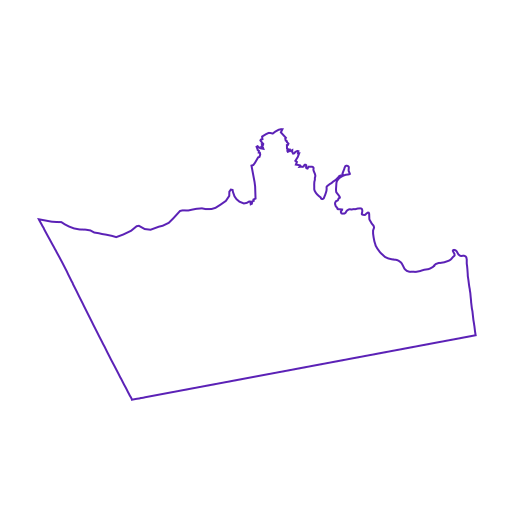 Kungrad, Karakalpakstan, Uzbekistan, rotated 259°
{"feature_id": "79887680B80838990154601", "entity_name": "Kungrad", "entity_type": "district", "adm_level": 2, "iso_a3": "UZB", "parent_name": "Uzbekistan", "parent_adm1": "Karakalpakstan", "projection": "natural_earth1", "projection_center": [57.833, 43.432], "detail": "fine", "context": "isolated", "style": "outline", "palette": "violet", "viewbox_px": 512, "rotation_deg": 259, "n_neighbors": 0, "source": "geoboundaries", "source_scale": "gbopen_adm2", "svg_char_len": 5639}
<svg xmlns="http://www.w3.org/2000/svg" viewBox="0 0 512 512"><g transform="rotate(259 256 256)"><path d="M372.1,284.8L369.4,284.6L369.3,282.9L368.5,282.4L366.1,283.6L364.7,284.5L363.9,284.2L364.3,283.1L362.9,283.2L362.5,282.4L361.3,283.5L359.8,283.7L360.8,281.2L361.8,279.8L363.5,278.5L363.1,277.4L361.0,277.8L359.7,277.9L358.8,278.9L357.0,278.4L356.7,279.5L354.8,279.5L352.6,278.3L352.4,276.9L347.6,272.7L345.8,270.7L345.6,268.8L328.9,268.7L324.4,268.4L312.5,266.5L311.9,264.3L310.6,264.3L310.3,262.8L308.1,261.9L307.8,260.7L310.5,260.8L310.8,259.7L309.9,257.1L309.9,254.1L312.5,250.1L315.5,247.7L318.6,246.3L323.2,245.6L325.3,245.6L326.0,244.0L324.2,242.1L320.1,241.2L315.8,236.9L313.1,230.8L311.0,225.4L310.6,221.3L311.7,215.4L313.1,212.0L313.7,206.4L313.7,202.1L313.6,198.2L314.8,192.6L314.7,190.0L308.6,181.8L305.2,176.7L303.5,170.2L303.3,166.2L301.9,157.5L303.7,151.9L308.0,146.8L308.0,144.5L304.6,138.2L302.4,129.7L301.2,122.4L303.3,118.3L305.6,112.8L306.9,109.2L308.4,105.9L309.9,101.7L312.7,98.3L314.4,93.7L315.7,87.9L317.8,82.6L320.6,78.1L323.6,74.3L326.4,71.4L327.5,66.4L328.7,61.9L333.5,49.8L332.7,50.0L327.5,51.7L326.4,52.0L324.0,52.9L322.9,53.1L320.6,53.8L315.5,55.4L311.5,56.7L306.7,58.2L306.4,58.3L303.1,59.4L301.0,60.0L299.7,60.5L297.9,61.0L292.0,62.9L290.3,63.4L287.1,64.4L279.2,66.7L277.2,67.3L273.9,68.1L268.9,69.5L266.3,70.2L264.6,70.8L263.2,71.0L257.3,72.7L255.2,73.3L253.3,73.8L250.3,74.6L242.6,76.8L239.9,77.5L234.2,79.1L222.1,82.5L219.8,83.1L212.5,85.2L210.4,85.8L207.5,86.6L200.7,88.6L199.1,89.0L195.7,90.1L190.1,91.6L184.9,93.1L181.7,94.0L176.8,95.5L174.2,96.3L173.5,96.5L166.4,98.6L164.6,99.1L162.4,99.7L162.3,99.8L161.1,100.2L155.1,101.9L151.7,103.0L150.4,103.4L147.1,104.3L144.8,105.0L144.6,105.1L143.3,105.4L141.2,106.2L141.0,106.3L138.9,106.8L138.6,106.8L138.6,107.0L138.6,108.2L138.6,108.5L138.6,109.9L138.6,110.4L138.6,111.4L138.5,113.0L138.4,114.6L138.4,114.9L138.6,115.4L138.5,116.1L138.5,116.5L138.4,117.6L138.4,118.9L138.5,120.0L136.3,456.5L137.0,456.5L139.9,456.6L145.6,457.0L146.5,457.0L148.0,457.1L151.8,457.2L156.8,457.6L160.3,457.9L163.4,457.9L168.8,458.3L169.1,458.3L171.4,458.6L174.8,458.9L178.7,459.3L181.9,459.4L182.4,459.5L184.9,459.5L187.2,459.6L191.6,459.9L196.0,460.1L197.9,460.4L202.8,461.0L206.0,461.3L208.1,461.4L209.3,461.6L212.3,462.2L214.5,462.2L215.4,461.8L216.2,460.9L216.7,459.9L216.8,458.4L216.8,457.6L217.1,456.8L217.5,456.2L218.9,455.0L222.2,453.9L223.0,453.4L223.7,452.7L224.2,451.6L224.2,450.8L223.5,450.2L221.6,450.7L220.3,451.2L218.8,451.1L218.4,450.8L217.4,449.1L215.7,447.0L215.1,445.9L214.6,444.4L213.9,439.5L214.0,437.1L214.0,435.9L214.3,434.0L214.1,432.7L213.8,430.9L212.9,429.4L212.3,429.1L212.4,428.7L211.7,428.0L211.1,426.4L210.5,424.5L210.2,422.8L210.3,420.7L210.4,418.5L210.1,415.5L209.9,414.4L209.9,412.8L209.9,410.2L210.1,408.9L210.6,407.3L211.1,404.2L211.4,403.3L212.5,401.4L212.6,401.2L213.0,400.9L214.1,400.0L215.2,399.3L218.8,398.3L221.0,397.6L222.2,396.9L224.0,395.2L225.0,393.9L225.3,393.1L225.6,392.7L226.0,391.1L226.4,389.9L226.5,389.9L226.8,388.8L227.9,386.4L228.0,386.1L228.6,385.0L230.4,382.5L232.5,380.9L232.9,380.7L233.4,380.3L233.6,380.2L233.8,379.9L236.1,378.4L240.2,376.5L243.4,375.4L244.1,375.4L246.8,375.1L247.8,375.0L248.2,375.0L249.2,375.0L251.9,375.0L255.6,375.2L258.7,375.8L261.3,377.3L262.3,377.3L263.5,377.1L264.8,376.3L266.3,375.6L267.6,375.2L269.5,374.5L270.6,374.3L275.6,375.1L276.2,375.1L277.0,374.9L277.3,374.2L276.6,372.5L275.7,371.2L275.5,370.7L276.0,368.9L276.5,368.1L276.7,367.9L277.2,367.9L279.9,369.0L281.3,369.0L282.1,368.8L282.6,368.2L282.9,367.3L283.2,364.8L283.1,363.8L283.0,362.4L283.4,360.7L283.4,358.6L284.0,357.0L284.0,356.1L283.5,354.5L282.8,353.4L281.3,352.1L280.8,350.9L281.2,348.6L281.6,348.0L282.7,347.7L283.5,347.8L284.7,349.2L285.2,349.4L285.6,348.2L286.3,345.4L286.7,345.0L287.6,345.0L287.9,344.7L288.3,344.6L289.2,344.0L290.0,343.7L291.5,343.6L292.0,343.5L293.1,343.8L294.5,344.9L294.9,346.7L295.4,347.3L296.5,347.9L296.9,348.3L297.2,349.4L297.5,349.5L298.2,349.4L299.7,348.8L303.2,347.0L304.5,347.0L306.4,347.3L312.4,348.9L313.7,349.5L314.5,350.1L315.9,351.7L316.5,352.5L317.1,353.7L317.6,355.1L318.0,356.2L318.4,358.1L318.6,359.7L318.4,362.8L318.7,363.8L319.4,363.7L321.8,363.2L322.7,363.3L325.2,364.0L325.9,364.0L326.5,363.6L326.9,363.2L327.4,362.0L327.2,360.9L325.6,359.7L324.5,359.2L322.2,357.7L320.4,356.6L319.6,356.8L318.8,356.2L318.9,354.4L318.6,353.0L317.6,351.9L315.5,348.8L314.2,345.7L313.2,344.1L312.7,342.6L312.5,342.1L311.1,339.3L310.4,338.5L310.1,338.4L308.2,338.1L306.6,337.6L305.2,336.9L302.7,335.5L301.7,334.8L300.9,334.3L299.7,333.5L299.2,332.3L299.5,331.3L300.1,330.8L301.1,330.7L302.8,329.2L304.9,327.7L306.6,326.8L308.9,326.0L310.4,325.9L312.4,326.3L315.2,326.8L317.6,327.4L319.5,328.3L321.5,328.7L322.6,329.3L323.7,329.6L325.4,329.5L328.3,328.9L329.7,328.8L331.3,329.3L331.6,329.3L332.4,328.9L332.9,328.1L333.6,324.8L333.2,324.2L332.0,323.3L332.0,323.1L332.5,322.4L332.9,322.1L333.9,322.1L334.8,322.6L335.5,322.6L336.0,322.3L336.3,321.5L336.2,321.1L335.7,320.5L335.0,320.0L334.8,319.7L334.6,318.9L335.1,317.1L335.2,315.8L335.9,316.5L336.7,317.3L336.5,316.7L337.3,314.8L338.1,312.6L340.5,314.1L341.9,312.8L345.1,315.8L348.6,318.0L348.8,316.8L350.8,317.6L351.2,316.7L350.7,314.6L349.5,313.1L349.4,312.0L351.1,311.4L353.0,311.8L352.5,310.2L353.7,309.7L352.5,308.5L352.2,307.1L353.2,306.8L354.4,308.4L355.4,306.9L359.0,307.5L359.0,308.6L360.1,309.3L361.9,308.1L362.8,308.2L363.6,307.2L365.6,307.1L366.3,307.9L372.6,304.0L375.4,306.1L375.7,304.7L375.6,302.3L374.4,298.6L373.0,295.8L374.0,293.6L374.4,291.9L373.7,289.1L372.1,284.8Z" fill="none" stroke="#5b21b6" stroke-width="2"/></g></svg>